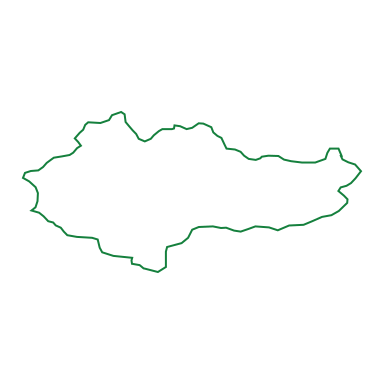 outline of Uppsala, Uppsala, Sweden
{"feature_id": "70781695B50893548218993", "entity_name": "Uppsala", "entity_type": "district", "adm_level": 2, "iso_a3": "SWE", "parent_name": "Sweden", "parent_adm1": "Uppsala", "projection": "natural_earth1", "projection_center": [17.723, 59.956], "detail": "fine", "context": "isolated", "style": "outline", "palette": "green", "viewbox_px": 384, "rotation_deg": 0, "n_neighbors": 0, "source": "geoboundaries", "source_scale": "gbopen_adm2", "svg_char_len": 1685}
<svg xmlns="http://www.w3.org/2000/svg" viewBox="0 0 384 384"><path d="M31.5,210.5L39.1,212.7L43.6,216.3L48.2,221.2L53.2,222.5L55.7,225.4L60.8,227.7L63.8,231.6L67.3,235.2L76.9,236.9L92.1,237.8L97.7,239.5L99.7,247.7L102.2,252.3L113.4,255.9L132.2,257.8L131.5,260.5L132.0,263.8L133.2,264.0L139.6,265.1L141.1,266.3L143.6,268.4L144.7,268.6L157.9,272.0L158.7,271.5L165.9,267.0L165.9,256.9L165.9,251.6L167.1,247.0L181.6,243.1L188.1,237.8L192.2,229.7L198.8,227.0L212.9,226.4L221.0,228.0L226.1,227.7L234.1,230.6L240.7,231.6L248.3,229.0L255.4,226.4L269.0,227.4L277.8,230.3L289.1,225.5L303.6,224.8L312.0,221.3L322.0,216.9L331.4,215.2L338.8,211.0L347.2,202.9L347.5,199.3L343.9,195.6L338.4,191.0L340.7,187.4L346.5,185.8L351.0,183.1L355.5,178.3L361.0,171.2L355.1,164.5L348.3,162.3L342.5,159.4L340.9,156.0L341.6,155.9L338.5,148.6L329.9,148.6L327.4,152.8L325.4,158.9L315.3,162.5L301.7,162.5L291.1,161.2L284.0,159.6L278.4,156.0L268.4,155.7L261.8,156.7L260.3,158.3L255.8,159.9L248.7,158.9L244.1,155.7L240.6,151.8L235.0,149.5L226.5,148.6L224.4,144.3L221.4,137.9L217.4,135.9L213.3,132.4L211.3,127.2L203.3,123.6L198.7,123.3L192.2,127.8L186.6,129.1L180.1,126.2L174.5,125.4L174.0,128.5L172.0,129.1L162.4,129.1L158.9,131.1L153.8,135.3L150.8,138.8L144.8,141.4L138.7,138.8L136.2,134.0L132.7,130.4L129.1,126.2L125.6,122.0L124.6,114.3L121.1,112.0L112.0,115.2L109.0,120.1L100.4,123.0L88.2,122.3L85.2,124.9L83.2,129.7L79.7,132.8L74.8,138.4L78.1,141.9L80.9,145.7L77.1,148.1L73.2,152.7L69.6,155.0L61.9,156.4L53.8,157.7L50.9,159.8L46.7,162.9L43.1,167.0L38.3,170.4L30.8,171.0L25.0,172.9L23.0,177.9L29.2,181.4L35.6,187.2L37.9,193.1L37.5,201.2L35.5,207.3L31.5,210.5Z" fill="none" stroke="#15803d" stroke-width="2"/></svg>